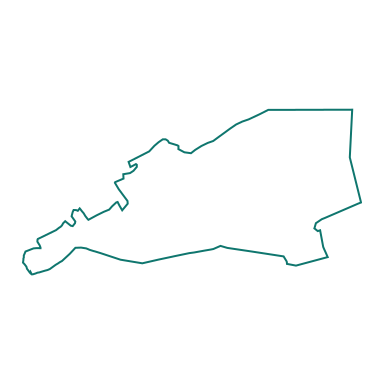 the district of Al-Salhiyya, Ash Sharqiyah, Egypt
{"feature_id": "37247803B28046922888397", "entity_name": "Al-Salhiyya", "entity_type": "district", "adm_level": 2, "iso_a3": "EGY", "parent_name": "Egypt", "parent_adm1": "Ash Sharqiyah", "projection": "natural_earth1", "projection_center": [31.874, 30.638], "detail": "fine", "context": "isolated", "style": "outline", "palette": "teal", "viewbox_px": 384, "rotation_deg": 0, "n_neighbors": 0, "source": "geoboundaries", "source_scale": "gbopen_adm2", "svg_char_len": 2092}
<svg xmlns="http://www.w3.org/2000/svg" viewBox="0 0 384 384"><path d="M62.0,261.0L69.8,253.8L75.4,247.8L81.1,247.6L86.2,248.4L88.9,249.5L89.2,249.7L93.7,251.1L94.6,251.3L100.5,253.1L120.5,259.7L142.3,263.3L158.5,259.6L172.2,256.7L174.0,256.3L189.4,253.1L194.0,252.5L204.5,250.6L211.0,249.5L213.4,249.0L220.5,245.9L225.6,247.4L227.3,247.9L251.6,251.5L283.6,256.4L286.7,261.5L286.9,262.8L286.9,263.2L287.0,263.4L287.0,263.9L296.0,265.6L327.7,257.1L325.4,251.9L324.4,249.7L323.4,247.4L323.3,247.1L323.2,246.9L320.1,230.3L319.4,230.5L317.8,231.1L317.0,230.5L316.5,230.1L314.6,228.5L314.4,228.4L315.9,223.2L321.8,219.2L324.8,218.0L358.2,203.6L361.0,202.5L361.0,202.4L355.1,178.7L350.7,161.0L349.8,157.4L352.2,109.7L268.2,109.9L259.5,114.3L248.6,119.4L242.2,121.6L240.4,122.5L239.9,122.7L236.1,124.5L230.0,128.7L219.3,136.5L213.2,141.0L207.8,142.9L201.4,146.0L195.2,149.9L191.0,153.2L184.4,152.3L178.4,149.1L178.5,146.1L177.6,145.4L174.1,144.3L169.1,142.8L167.8,140.7L165.6,139.3L162.8,139.3L158.6,142.2L154.4,145.8L149.2,151.4L128.6,161.9L130.4,167.0L133.0,165.7L135.9,164.1L136.8,164.8L136.8,166.9L133.5,170.8L130.0,173.1L123.3,174.2L123.5,178.6L115.7,181.9L115.2,182.1L114.9,182.8L118.8,189.3L127.5,201.0L127.7,203.7L122.2,210.3L119.4,205.5L117.6,202.0L116.7,202.3L116.3,202.4L112.1,206.3L109.2,209.6L103.8,211.8L96.7,215.3L88.4,219.8L87.7,219.1L85.6,216.4L85.3,216.0L83.7,213.3L81.9,211.2L80.3,209.1L79.7,208.4L77.8,210.8L76.2,210.1L73.6,210.0L72.7,212.0L71.6,216.3L75.3,221.5L75.0,223.2L72.7,226.1L70.8,225.7L68.3,223.7L65.2,221.2L63.2,223.2L61.9,225.5L60.6,226.8L59.0,227.8L56.1,230.1L37.8,239.0L37.5,239.7L37.4,241.7L38.7,243.8L39.6,245.2L40.5,247.5L40.5,248.2L36.7,248.1L33.5,248.4L28.9,250.2L25.5,251.5L24.8,253.2L23.8,255.5L23.8,257.6L23.6,258.0L23.4,258.6L23.4,259.9L23.0,262.6L23.3,262.9L24.2,263.9L24.6,264.3L26.4,266.7L27.0,268.8L28.3,270.5L29.5,272.2L30.1,272.9L30.5,271.9L31.7,274.3L32.9,274.3L33.9,274.0L35.8,273.4L37.4,272.7L39.3,272.4L41.2,271.8L44.9,270.7L47.6,270.0L49.9,269.0L55.7,264.8L57.9,263.5L59.8,262.2L62.0,261.0Z" fill="none" stroke="#0f766e" stroke-width="2"/></svg>